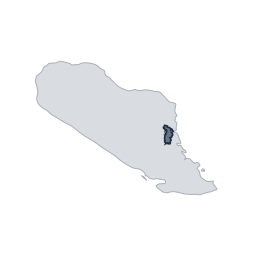 location of Marovoay, Boeny, Madagascar, rotated 106°
{"feature_id": "10022922B7387017022835", "entity_name": "Marovoay", "entity_type": "district", "adm_level": 2, "iso_a3": "MDG", "parent_name": "Madagascar", "parent_adm1": "Boeny", "projection": "orthographic", "projection_center": [46.607, -16.229], "detail": "fine", "context": "in_parent", "style": "filled", "palette": "slate", "viewbox_px": 256, "rotation_deg": 106, "n_neighbors": 0, "source": "geoboundaries", "source_scale": "gbopen_adm2", "svg_char_len": 6099}
<svg xmlns="http://www.w3.org/2000/svg" viewBox="0 0 256 256"><g transform="rotate(106 128 128)"><path d="M166.7,31.2L167.4,32.8L168.2,34.3L170.6,38.0L171.6,39.4L172.5,41.0L172.9,44.0L174.4,48.7L175.8,55.7L176.1,63.0L176.5,66.3L177.6,69.4L179.5,72.7L180.0,76.3L178.8,80.0L177.1,83.5L176.6,84.1L175.9,85.0L175.5,84.9L174.2,84.0L173.1,82.5L171.8,79.0L171.3,77.3L170.8,77.0L169.2,77.1L168.0,78.2L167.8,78.9L168.0,80.8L168.4,82.6L168.6,84.4L168.6,86.6L169.0,87.3L169.6,87.9L170.3,89.4L170.3,92.9L169.9,94.7L168.7,96.2L168.8,97.0L169.2,97.9L168.8,98.4L167.3,99.0L166.7,99.6L165.8,101.2L164.5,104.3L164.3,105.9L165.0,110.8L164.7,114.3L163.0,121.0L162.0,124.1L160.6,127.9L158.4,132.8L156.3,139.0L154.5,145.4L153.2,149.3L151.7,153.1L149.6,159.8L147.9,166.6L145.3,174.0L141.8,182.3L141.5,183.4L140.7,187.7L139.9,191.4L139.0,195.0L137.1,201.1L136.8,202.9L136.4,204.7L134.6,208.5L133.8,209.9L133.2,211.4L132.9,213.3L132.4,215.1L131.0,218.4L129.1,221.3L127.7,222.4L124.8,223.9L123.4,224.2L120.1,224.2L117.0,225.1L113.7,226.8L110.6,228.7L109.4,229.6L108.1,230.1L103.9,230.3L102.7,229.9L98.5,226.8L96.9,226.3L93.8,225.9L92.9,225.6L92.0,225.2L90.8,223.6L88.3,222.2L87.7,221.8L87.3,220.8L87.0,219.8L86.4,218.7L85.8,216.5L85.0,214.9L82.7,212.2L82.4,211.4L82.2,208.5L82.2,206.5L81.9,203.0L82.1,201.3L82.9,199.7L82.5,198.1L81.7,196.4L81.3,194.6L80.6,193.0L78.2,190.1L77.6,188.7L77.1,187.2L76.1,182.5L76.0,180.9L76.0,177.5L76.3,175.7L76.9,174.4L77.0,173.5L77.4,172.7L78.0,172.1L78.3,171.3L79.2,166.9L80.3,165.9L82.0,165.3L83.3,164.2L84.1,162.6L84.8,159.4L86.9,156.2L87.7,154.5L89.4,151.9L90.9,148.4L91.3,146.7L91.6,145.0L92.0,141.2L92.3,139.3L92.2,137.5L91.3,135.6L89.1,132.1L89.0,131.5L89.1,128.9L88.9,127.0L88.1,125.2L87.1,123.4L86.1,120.2L85.5,114.8L85.6,112.8L85.3,111.1L84.5,109.4L85.0,106.6L91.3,96.0L91.5,94.8L91.2,91.6L91.3,89.7L91.5,89.0L92.0,88.6L93.1,88.4L98.3,87.9L99.0,87.6L100.3,86.7L102.1,84.9L102.9,84.4L103.6,84.6L104.1,85.3L104.7,85.7L106.8,84.9L107.6,84.9L108.4,85.0L108.8,84.3L109.0,83.4L109.3,82.7L109.9,82.3L112.6,82.1L114.3,81.8L116.6,81.1L117.1,81.3L118.9,83.7L119.4,83.9L120.1,84.0L120.7,83.5L119.3,82.3L119.0,81.6L119.1,80.8L119.9,79.0L121.2,77.7L124.2,75.7L127.2,73.4L128.1,73.2L128.8,73.6L129.4,76.3L129.3,76.8L129.8,76.9L130.4,76.5L130.9,75.4L130.9,74.5L130.5,73.6L130.3,72.9L130.3,72.2L131.8,70.6L133.1,69.0L133.6,67.2L134.1,66.4L135.4,65.4L135.8,65.6L136.1,66.3L136.2,67.2L135.9,68.0L135.4,68.8L135.3,69.9L136.0,70.1L136.7,69.8L137.7,67.9L138.8,66.0L139.5,65.1L140.3,64.4L141.8,64.6L143.1,65.0L140.9,63.0L140.4,60.4L143.1,55.8L143.1,54.8L143.5,54.5L143.7,54.1L142.3,52.6L142.0,51.8L142.2,50.6L142.9,49.6L143.5,48.9L144.4,48.6L145.0,49.0L146.5,50.3L147.5,50.5L148.8,49.3L149.8,47.8L151.3,46.7L153.0,46.1L155.6,43.7L157.3,38.7L157.5,37.2L157.1,35.4L156.5,33.7L155.5,31.6L155.8,31.1L157.2,31.4L157.7,31.1L159.3,29.3L161.9,25.7L162.7,25.8L163.4,26.4L163.7,27.4L164.2,28.1L165.9,29.9L166.7,31.2ZM148.9,45.1L148.9,45.7L146.9,45.4L146.6,43.5L147.6,43.5L147.8,42.7L148.4,42.6L149.0,44.3L148.9,45.1ZM171.6,99.3L170.0,102.0L170.4,99.7L172.4,96.4L172.9,96.1L171.6,99.3Z" fill="#d9dde1" stroke="#a8b0b8" stroke-width="1"/><path d="M132.9,87.6L132.7,87.4L132.5,87.2L132.4,87.3L132.2,87.3L132.2,87.2L132.3,87.1L132.2,86.9L132.3,86.7L132.2,86.5L131.8,86.4L131.8,86.2L131.8,85.9L131.7,85.8L131.4,85.8L131.4,85.7L131.5,85.6L131.3,85.3L131.3,85.1L131.3,84.9L131.5,84.9L131.9,85.0L132.1,85.0L132.1,84.9L131.9,84.6L132.0,84.4L131.9,84.2L131.8,83.8L131.8,83.7L131.7,83.6L131.6,83.2L131.1,83.1L130.9,83.2L130.5,83.2L130.4,83.3L130.0,83.3L129.9,83.4L129.7,83.5L129.3,83.5L129.1,83.6L128.9,83.7L128.5,83.6L128.4,83.6L128.2,83.4L128.1,83.2L127.9,83.1L127.7,83.2L127.7,83.3L127.5,83.5L127.4,83.6L127.2,83.7L127.0,83.9L126.9,83.9L126.7,84.0L126.5,84.3L126.4,84.4L126.3,84.2L126.2,84.1L125.9,84.2L125.7,84.2L125.7,84.3L125.6,84.2L125.5,84.3L125.4,84.3L125.4,84.5L125.3,84.4L125.3,84.2L125.2,84.0L124.8,83.8L124.6,83.6L124.4,83.5L124.4,83.4L124.2,83.4L123.8,83.4L123.8,83.5L123.7,83.6L123.4,83.6L123.0,83.4L122.8,83.5L122.6,83.5L122.5,83.4L122.4,83.4L122.2,83.3L122.2,83.2L121.4,83.5L121.2,83.7L121.2,83.8L121.0,84.0L120.8,84.1L120.6,84.2L120.5,84.4L120.4,84.9L119.9,84.6L119.7,84.5L119.2,84.2L118.9,84.0L118.8,83.8L118.7,83.7L118.5,83.8L118.4,83.9L118.4,84.0L118.3,84.3L118.3,84.5L118.2,84.6L117.8,84.7L117.6,84.9L117.5,85.0L117.4,85.1L117.3,85.3L117.1,85.7L117.1,85.8L117.0,85.7L116.9,85.7L116.9,85.8L117.0,85.8L117.2,86.0L117.5,86.2L117.7,86.3L116.9,86.4L116.9,86.8L116.9,87.0L116.6,87.3L116.5,87.5L116.4,87.7L116.1,87.9L116.1,88.2L116.1,88.4L116.2,88.5L116.3,88.7L116.4,88.9L116.3,89.4L116.4,89.7L116.4,89.8L116.2,90.0L116.2,90.4L116.2,90.5L115.9,90.5L115.7,90.5L115.8,90.7L115.7,90.8L115.4,90.8L115.2,90.9L115.2,91.0L115.4,91.1L115.5,91.2L115.5,91.4L115.5,91.5L115.4,91.6L115.2,91.5L115.1,91.8L115.1,92.0L115.1,92.3L115.1,92.5L115.2,92.9L115.3,92.9L115.4,93.0L115.4,93.3L115.2,93.4L115.1,93.6L114.9,93.6L115.1,93.7L115.3,93.6L115.5,93.6L115.8,93.5L116.0,93.5L116.3,93.7L116.4,93.8L116.9,93.8L117.0,93.8L117.1,93.7L117.5,93.5L117.8,93.4L117.8,93.5L117.7,93.6L117.7,93.8L117.7,94.1L117.9,94.1L118.0,93.9L118.2,93.6L118.3,93.5L118.4,93.4L118.5,93.5L118.8,93.6L119.0,93.5L118.9,93.5L118.9,93.4L118.8,93.2L118.9,92.8L118.9,92.7L118.9,92.4L118.9,92.2L119.2,92.0L119.4,91.9L119.6,91.8L119.9,91.6L120.3,91.5L120.0,91.4L119.7,91.1L119.5,90.9L119.3,90.8L119.2,90.6L119.7,90.2L119.9,90.1L120.2,90.0L120.4,89.8L120.5,89.8L121.8,89.9L122.2,89.9L122.3,90.0L122.6,90.3L122.7,90.5L122.8,90.5L122.8,90.2L123.0,90.1L123.1,89.9L123.3,89.9L123.3,90.1L123.5,90.2L123.8,90.0L124.0,90.1L124.3,90.2L124.3,90.4L124.7,90.4L124.8,90.3L125.0,90.4L125.0,90.5L125.1,90.4L125.3,90.3L125.6,90.2L125.8,90.2L126.0,90.2L126.2,90.3L126.3,90.3L126.7,90.1L126.8,90.1L127.0,90.0L127.3,90.1L127.5,90.2L127.8,90.2L128.0,90.1L128.2,89.9L128.4,89.8L128.6,89.7L128.9,89.5L129.0,89.4L129.3,89.4L129.5,89.3L129.6,89.2L129.8,89.1L130.0,89.2L130.1,89.3L130.3,89.1L130.7,89.1L130.8,88.9L131.0,88.8L131.2,88.7L131.3,88.8L131.5,88.7L131.6,88.4L131.7,88.1L131.8,87.9L131.8,87.7L132.1,87.5L132.9,87.6Z" fill="#64748b" stroke="#1e293b" stroke-width="1.5"/></g></svg>